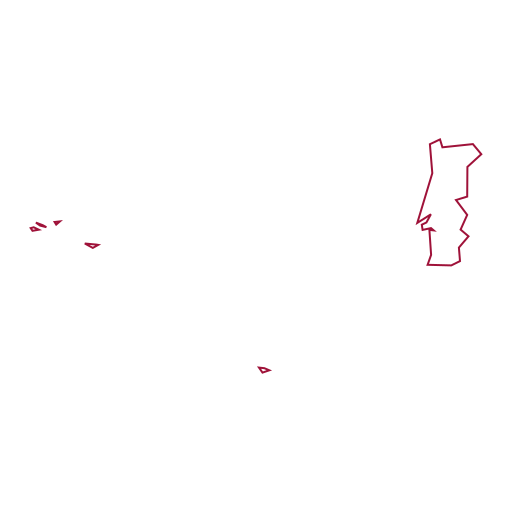 outline of Portugal
{"feature_id": "PRT", "entity_name": "Portugal", "entity_type": "country or territory", "adm_level": 0, "iso_a3": "PRT", "parent_name": "Europe", "parent_adm1": "", "projection": "robinson", "projection_center": [-13.235, 37.393], "detail": "coarse", "context": "isolated", "style": "outline", "palette": "rose", "viewbox_px": 512, "rotation_deg": 0, "n_neighbors": 0, "source": "natural_earth", "source_scale": "50m", "svg_char_len": 713}
<svg xmlns="http://www.w3.org/2000/svg" viewBox="0 0 512 512"><path d="M429.9,144.2L440.0,139.4L442.4,147.3L472.9,144.1L481.3,154.2L467.4,166.9L467.2,196.6L456.0,200.0L467.2,214.9L460.6,229.6L468.5,236.3L458.9,247.6L460.0,261.1L451.3,265.4L427.6,264.8L431.1,254.9L429.4,229.9L433.7,230.4L431.0,228.1L422.6,229.9L421.8,224.7L426.4,222.5L430.9,214.3L417.3,222.9L432.3,173.2L429.9,144.2ZM84.8,243.5L96.5,244.6L98.2,244.9L92.8,247.9L84.8,243.5ZM259.0,367.6L264.4,368.2L269.3,370.3L262.5,372.6L259.0,367.6ZM38.8,229.7L32.5,230.8L30.7,228.1L33.7,227.3L38.8,229.7ZM59.9,221.4L56.2,224.6L54.6,222.0L59.9,221.4ZM46.4,227.2L40.1,225.6L35.9,222.6L42.8,225.2L46.4,227.2Z" fill="none" stroke="#9f1239" stroke-width="2"/></svg>